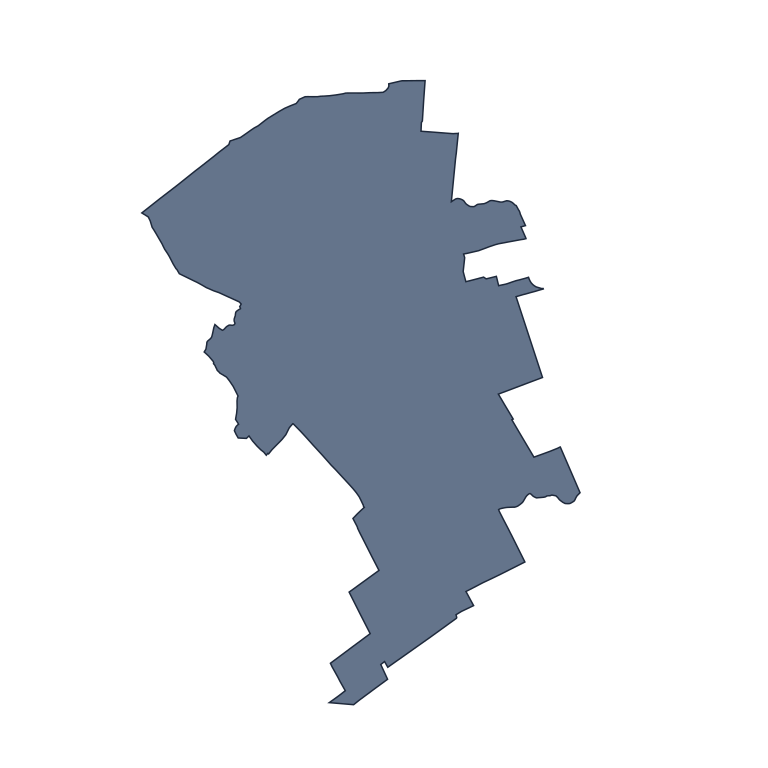 Girisu De Cris, Bihor, Romania, rotated 343°
{"feature_id": "2599482B40990728968536", "entity_name": "Girisu De Cris", "entity_type": "district", "adm_level": 2, "iso_a3": "ROU", "parent_name": "Romania", "parent_adm1": "Bihor", "projection": "orthographic", "projection_center": [21.776, 47.06], "detail": "fine", "context": "isolated", "style": "filled", "palette": "slate", "viewbox_px": 768, "rotation_deg": 343, "n_neighbors": 0, "source": "geoboundaries", "source_scale": "gbopen_adm2", "svg_char_len": 6073}
<svg xmlns="http://www.w3.org/2000/svg" viewBox="0 0 768 768"><g transform="rotate(343 384 384)"><path d="M537.6,526.4L535.5,507.6L534.2,496.0L534.1,495.7L531.2,496.2L523.1,496.9L515.9,497.3L507.5,497.7L506.0,497.8L499.9,472.7L495.8,455.6L497.3,455.3L493.0,437.9L492.9,437.4L492.1,434.1L490.4,427.1L520.2,425.2L537.5,424.1L535.8,339.1L543.5,339.2L544.9,339.3L548.9,339.4L550.2,339.4L555.6,339.6L559.3,339.6L564.1,339.7L564.1,339.2L562.7,338.8L561.9,338.3L558.0,335.7L557.5,335.2L556.3,333.8L555.3,332.3L554.3,330.2L553.8,328.2L553.5,326.2L553.4,324.2L551.4,324.2L549.8,324.2L543.7,324.0L540.6,323.8L540.3,323.8L535.8,323.9L534.2,324.0L531.3,324.1L530.0,324.1L528.6,324.0L524.1,323.6L522.4,323.5L522.6,319.4L522.8,316.5L522.9,313.9L520.8,313.8L513.6,313.4L512.4,313.3L510.5,310.9L507.5,310.8L506.4,310.7L505.2,310.7L495.6,310.3L494.4,310.2L492.2,310.1L492.3,307.7L492.4,304.4L492.6,299.6L498.1,286.8L498.1,283.0L500.5,283.2L500.8,283.3L513.7,284.2L514.5,284.1L518.4,283.9L521.7,283.7L524.4,283.5L531.4,283.3L533.8,283.4L534.5,283.4L542.3,284.3L542.6,284.3L557.4,286.0L559.9,286.4L562.3,286.5L562.3,285.7L560.9,273.8L565.6,273.9L564.0,261.3L564.1,260.1L564.0,258.2L563.6,256.9L562.6,252.0L562.4,251.9L561.8,251.3L561.3,250.7L561.1,250.3L560.9,249.8L560.5,249.1L560.0,248.4L559.6,247.8L559.0,247.2L558.4,246.6L557.6,246.0L556.9,245.5L556.0,245.1L555.4,244.8L554.8,244.6L554.1,244.6L553.1,244.6L551.3,244.6L550.4,244.6L549.6,244.4L548.7,244.1L548.0,243.8L547.2,243.3L544.6,241.9L543.3,241.2L542.3,240.7L540.9,240.1L540.1,239.9L539.5,239.8L538.7,239.8L538.2,239.9L537.5,240.1L536.6,240.3L535.2,240.6L533.4,240.8L532.7,240.8L532.2,240.8L530.3,240.4L527.8,239.9L526.8,239.7L526.1,239.6L525.4,239.7L524.8,239.9L523.6,240.3L522.8,240.5L522.1,240.7L521.6,240.6L520.9,240.4L519.8,240.0L518.5,239.5L518.0,239.2L517.8,239.0L517.3,238.5L516.3,237.3L515.5,236.3L515.1,235.6L514.7,234.7L514.4,233.8L514.1,232.8L513.7,231.9L512.8,230.8L511.8,229.9L510.7,229.1L509.9,228.7L509.1,228.3L508.5,228.1L507.9,228.0L507.2,228.0L506.5,228.0L505.1,228.4L503.6,228.8L502.1,229.3L501.7,229.4L518.2,189.7L519.9,185.9L520.4,184.9L522.1,180.8L528.3,166.0L528.1,166.0L524.6,165.1L523.6,164.9L522.2,164.4L505.9,158.0L493.3,153.1L496.2,144.9L497.6,143.7L504.7,124.8L508.8,114.2L512.0,105.9L502.1,102.9L495.9,101.1L493.9,100.5L491.9,99.9L489.9,99.3L488.2,99.1L486.7,99.0L476.3,98.3L475.7,100.6L474.5,102.1L471.6,103.9L468.5,104.8L463.2,103.5L456.1,101.4L448.6,99.5L438.0,96.2L432.5,94.6L429.7,94.5L422.4,93.5L416.2,92.4L411.0,91.2L407.6,90.3L404.5,89.8L400.1,88.5L395.1,86.9L392.5,86.2L386.3,87.0L384.0,88.8L382.0,90.1L375.6,90.6L369.6,91.3L363.7,92.6L357.1,94.3L350.6,96.0L347.2,97.2L339.1,100.3L334.7,101.2L331.1,102.3L325.4,104.2L318.8,106.3L307.8,106.6L305.6,109.7L293.9,114.1L287.0,116.9L269.9,123.5L266.1,124.9L245.2,133.2L224.2,141.1L202.4,149.6L207.4,155.3L207.6,156.5L208.1,159.6L208.1,166.4L208.9,169.1L210.0,173.5L211.5,179.9L212.7,185.0L213.2,188.4L213.3,188.7L213.6,190.8L215.2,196.1L216.0,199.4L217.5,207.7L218.6,212.1L218.8,212.9L219.4,213.9L220.5,218.7L232.8,230.2L234.6,231.8L236.6,233.8L238.9,236.2L240.2,237.6L242.3,239.9L244.7,241.9L247.1,244.0L248.4,245.1L252.8,248.3L269.6,263.2L270.8,265.8L268.6,267.9L268.9,269.2L268.8,270.0L266.7,270.5L265.1,271.0L263.9,271.5L263.2,272.1L262.5,273.4L262.0,274.6L261.6,275.5L260.9,276.3L259.7,278.1L259.3,279.3L259.1,280.2L259.2,281.3L259.2,282.4L258.9,282.9L257.8,283.6L256.6,283.6L256.0,283.5L254.2,282.7L253.0,282.4L250.2,283.1L248.6,284.0L246.7,285.1L245.2,285.4L242.8,282.7L239.7,277.7L237.7,280.4L235.4,284.6L233.9,287.2L232.9,288.7L231.5,289.8L228.3,291.2L227.4,291.7L226.7,292.6L226.1,294.2L225.3,295.8L224.4,297.6L224.2,298.1L223.6,298.9L223.0,299.4L222.2,300.1L221.4,300.8L224.5,306.0L227.3,312.5L227.4,314.0L226.9,314.7L227.7,316.5L227.8,317.1L227.9,317.4L227.9,318.1L228.4,320.9L228.5,322.2L229.8,324.5L230.3,325.7L235.4,331.3L237.2,336.0L239.1,342.3L240.9,352.8L239.8,354.2L238.5,357.2L236.6,363.8L234.5,368.9L231.7,374.4L232.9,378.7L233.1,380.0L232.6,380.1L230.3,381.3L229.9,381.7L228.8,382.8L227.3,384.8L227.4,385.9L227.7,387.7L227.7,388.2L228.8,393.0L236.5,395.8L236.7,395.7L239.7,394.2L241.7,400.2L244.4,406.2L247.0,411.0L249.1,414.0L250.6,417.7L251.9,416.8L252.2,416.7L252.6,416.4L253.2,417.1L257.8,414.0L263.3,411.0L268.7,408.1L270.6,407.0L275.3,403.8L280.5,398.3L282.1,397.2L285.2,395.3L285.4,395.4L285.7,395.8L290.3,404.7L292.0,408.2L294.4,413.2L298.4,421.9L300.1,425.4L304.3,434.2L309.8,446.3L312.4,451.3L321.8,470.8L323.8,475.1L325.8,480.0L327.3,484.6L328.0,488.7L328.6,492.9L328.8,493.6L328.6,494.7L328.8,495.6L329.1,496.2L328.7,496.4L324.9,498.2L320.7,500.3L315.0,503.5L315.5,506.4L316.6,512.3L316.7,513.6L316.6,514.3L317.4,519.6L318.2,524.0L320.0,534.4L321.8,544.8L324.7,560.8L289.8,572.8L293.9,596.8L297.8,618.7L277.6,625.9L251.1,635.4L251.2,635.9L251.7,639.4L254.2,651.0L255.0,655.6L257.3,666.0L249.1,669.1L238.5,672.7L241.2,673.8L261.2,681.8L268.0,679.1L287.1,672.3L291.4,670.8L301.1,667.4L298.9,651.3L303.4,649.6L304.8,656.0L354.5,639.6L384.8,629.2L385.3,628.5L385.4,625.7L391.7,624.1L404.9,622.1L403.5,615.3L402.4,609.7L401.7,606.4L414.9,604.0L415.9,603.8L420.8,602.9L432.4,601.2L440.6,599.9L466.7,595.4L461.7,565.5L461.4,564.0L460.6,559.3L458.5,548.0L457.0,539.5L456.9,537.6L458.3,537.3L459.3,537.3L460.8,537.4L463.0,537.6L464.5,537.8L466.0,538.1L471.0,539.4L473.0,540.0L475.0,540.0L476.5,539.8L477.3,539.5L478.3,539.2L479.1,538.9L480.6,538.3L481.7,537.8L482.7,537.1L483.9,536.0L485.3,534.7L486.7,533.4L488.0,532.5L489.5,531.8L490.4,531.5L491.2,531.4L491.7,531.5L492.3,532.2L493.2,533.8L493.6,534.6L494.5,535.7L495.8,536.9L496.4,537.4L497.0,537.6L498.1,537.8L500.3,538.3L503.6,539.0L504.9,539.1L505.7,539.1L506.4,538.8L507.1,538.7L508.8,539.0L509.7,539.3L510.4,539.4L511.2,539.3L512.1,539.3L515.7,541.2L516.9,543.3L517.7,545.4L518.1,546.2L518.6,547.0L520.4,549.4L521.6,550.6L522.1,551.1L522.9,551.5L524.3,552.0L525.6,552.4L526.5,552.6L527.1,552.6L528.3,552.4L529.5,552.1L530.7,551.8L531.8,551.4L532.8,550.5L534.3,548.8L536.0,547.3L539.7,545.3L537.6,526.4Z" fill="#64748b" stroke="#1e293b" stroke-width="1.5"/></g></svg>